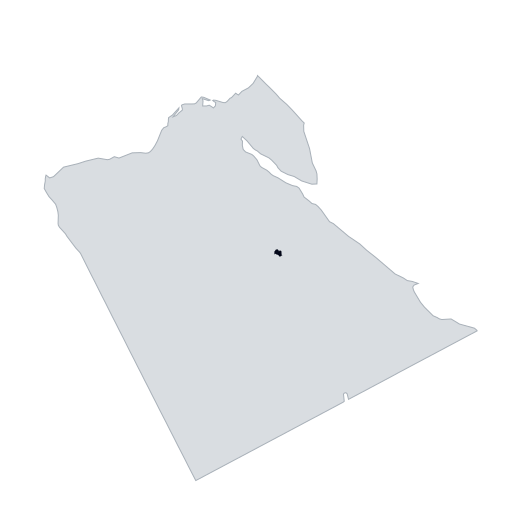 location of Suhag, Suhaj, Egypt, rotated 332°
{"feature_id": "37247803B47370411243252", "entity_name": "Suhag", "entity_type": "district", "adm_level": 2, "iso_a3": "EGY", "parent_name": "Egypt", "parent_adm1": "Suhaj", "projection": "equal_earth", "projection_center": [31.692, 26.547], "detail": "fine", "context": "in_parent", "style": "filled", "palette": "ink", "viewbox_px": 512, "rotation_deg": 332, "n_neighbors": 0, "source": "geoboundaries", "source_scale": "gbopen_adm2", "svg_char_len": 4650}
<svg xmlns="http://www.w3.org/2000/svg" viewBox="0 0 512 512"><g transform="rotate(332 256 256)"><path d="M416.1,425.9L407.3,425.9L398.6,425.9L389.8,425.9L381.0,425.9L372.2,425.9L363.4,425.9L354.6,425.9L345.8,425.9L337.0,425.9L328.2,425.9L319.4,426.0L310.6,426.0L301.8,426.0L293.0,426.0L284.2,426.0L275.4,426.0L270.4,426.0L271.2,422.8L271.8,420.5L271.2,418.9L269.5,418.5L268.4,419.0L265.7,425.7L264.3,426.0L261.2,426.0L251.0,426.0L240.7,426.0L230.5,426.0L220.3,426.0L210.0,426.0L199.8,426.0L189.5,426.0L179.3,426.0L169.1,426.0L158.8,426.0L148.6,426.0L138.3,426.0L128.1,426.0L117.8,426.0L107.6,426.0L97.4,426.0L97.5,417.9L97.6,409.8L97.8,401.8L97.9,393.7L98.0,385.7L98.2,377.6L98.3,369.6L98.5,361.6L98.6,353.6L98.7,345.6L98.9,337.6L99.0,329.6L99.2,321.6L99.3,313.6L99.5,305.7L99.6,297.7L99.8,289.7L99.9,281.8L100.1,273.9L100.3,265.9L100.4,258.0L100.6,250.1L100.7,242.2L100.9,234.3L101.1,226.4L101.2,218.6L101.4,210.7L101.6,202.8L101.7,195.0L101.9,187.1L102.1,179.3L102.3,171.5L102.1,170.0L100.7,164.7L99.6,158.0L98.3,149.7L98.2,147.0L96.0,138.5L95.9,136.1L96.5,134.4L100.6,127.2L101.9,123.8L102.9,119.6L103.4,116.2L102.3,111.1L101.1,106.4L100.8,101.7L100.7,97.0L102.8,93.8L105.2,90.8L106.1,89.0L107.6,87.0L108.6,86.0L110.5,90.2L114.5,90.9L127.8,87.2L142.2,90.9L150.2,92.3L162.6,95.5L170.0,101.2L172.1,101.9L177.5,101.8L181.0,105.2L195.1,106.8L202.6,110.5L206.9,113.5L209.5,114.4L211.7,114.2L214.8,113.1L218.7,111.0L223.0,108.1L231.8,100.7L234.9,99.4L236.9,99.7L239.3,99.6L240.4,97.6L241.7,96.2L242.5,94.7L243.8,92.8L248.4,92.3L257.5,89.0L256.4,90.6L248.1,94.2L251.7,94.6L255.3,93.4L259.5,92.6L260.2,91.1L260.8,88.2L261.6,87.8L264.4,88.3L273.0,92.8L275.1,92.8L281.1,90.4L282.4,89.9L284.3,91.3L288.8,96.8L287.2,96.7L282.5,91.9L282.0,94.3L279.3,98.5L282.7,100.3L285.5,100.9L286.9,103.3L287.9,105.3L290.6,104.4L292.5,101.6L291.5,100.0L290.8,98.4L291.7,98.4L293.6,99.7L299.0,105.1L300.9,106.2L303.0,106.0L307.3,104.5L308.6,104.7L314.5,102.7L315.2,104.2L316.1,105.6L320.9,104.0L328.3,104.0L334.4,102.3L341.5,98.1L342.0,97.4L342.4,98.5L343.3,101.4L345.5,108.7L347.4,114.5L349.8,122.5L350.5,125.5L350.9,127.6L354.3,136.5L356.4,143.7L357.9,149.6L360.0,158.2L361.0,161.2L359.5,162.8L356.7,168.4L353.7,186.3L349.4,200.3L349.0,209.0L348.3,212.2L346.2,216.6L343.6,221.0L339.0,218.8L331.5,211.1L327.1,203.8L322.4,199.1L318.0,192.9L316.8,188.4L316.8,185.6L314.8,178.6L313.4,175.3L308.0,167.9L306.5,163.9L305.3,162.2L304.1,159.7L302.1,150.1L300.0,144.0L297.6,145.7L298.0,148.2L295.9,151.8L294.7,155.9L295.7,159.3L300.0,164.4L300.9,166.6L302.0,171.5L301.8,178.1L302.5,180.3L305.8,185.3L307.0,188.2L307.7,190.7L308.8,193.0L312.1,197.3L316.8,205.5L321.3,211.0L324.6,213.7L325.9,216.3L326.3,223.2L326.1,226.5L328.9,232.7L330.0,235.9L332.8,238.4L334.0,241.4L335.2,246.1L337.0,260.2L339.5,263.7L347.0,282.3L353.3,294.1L356.4,302.9L361.1,313.6L370.4,337.2L375.8,344.6L378.0,348.7L382.0,351.8L386.3,356.4L382.2,355.9L381.2,356.2L379.8,357.0L379.1,359.8L378.9,362.1L379.5,374.1L380.7,380.2L384.3,391.9L387.0,395.3L388.4,397.6L390.2,399.3L398.7,403.2L403.7,411.6L415.0,422.3L416.1,425.2L416.1,425.9Z" fill="#d9dde1" stroke="#a8b0b8" stroke-width="1"/><path d="M274.2,262.5L274.4,262.5L274.4,262.4L274.5,262.4L274.8,262.5L275.0,262.6L275.1,262.8L275.3,262.9L275.3,263.0L275.3,263.3L275.4,263.6L275.4,263.8L275.5,263.9L275.6,264.0L275.8,264.2L276.0,264.3L276.2,264.5L276.3,264.5L276.5,264.8L276.6,265.0L276.8,265.2L276.9,265.4L276.9,265.6L277.0,265.8L277.0,266.0L277.1,266.3L277.1,266.5L277.2,266.8L277.2,267.0L277.3,267.0L277.5,267.1L277.8,267.1L277.9,266.9L278.0,266.9L277.9,266.8L277.9,266.7L277.7,266.5L277.8,266.5L277.8,266.4L277.9,266.2L278.0,266.2L278.3,266.1L278.3,265.9L278.4,265.7L278.5,265.7L278.8,265.8L278.8,265.7L278.8,265.4L279.0,265.1L279.2,264.9L279.3,264.9L279.3,264.7L279.2,264.7L279.3,264.4L279.5,264.3L279.5,264.2L279.8,264.0L279.8,263.9L279.8,263.7L279.7,263.7L279.6,263.4L279.5,263.2L279.4,263.1L279.2,263.2L279.0,263.3L278.9,263.4L278.8,263.6L278.7,263.7L278.6,263.8L278.5,264.0L278.4,264.0L278.2,264.0L277.9,264.2L277.8,264.3L277.7,264.5L277.4,264.6L277.2,264.5L277.2,264.4L277.1,264.2L277.1,263.9L277.2,263.7L277.1,263.4L277.2,263.2L277.5,263.1L277.4,263.0L277.4,262.8L277.4,262.7L277.5,262.6L277.5,262.4L277.5,262.5L277.5,262.4L277.6,262.5L277.6,262.4L277.7,262.2L277.8,262.1L277.7,261.9L277.7,261.7L277.7,261.4L277.7,261.2L277.6,260.9L277.5,260.7L277.4,260.7L277.2,260.6L276.9,260.6L276.7,260.5L276.4,260.5L276.2,260.7L276.0,260.8L275.9,261.0L275.7,261.0L275.5,261.3L275.4,261.3L275.2,261.4L274.9,261.3L274.8,261.5L274.8,261.8L274.7,261.8L274.5,262.0L274.4,262.1L274.3,262.3L274.2,262.5Z" fill="#0f172a" stroke="#020617" stroke-width="1.5"/></g></svg>